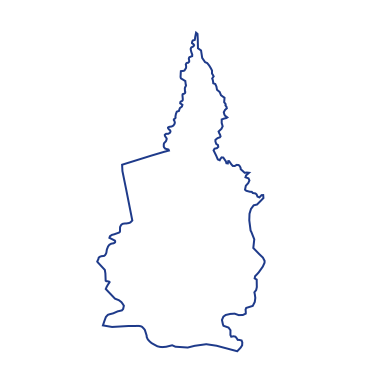 outline of Kaga-Bandoro, Nana-Grébizi, Central African Republic, rotated 9°
{"feature_id": "33826404B9567885504809", "entity_name": "Kaga-Bandoro", "entity_type": "district", "adm_level": 2, "iso_a3": "CAF", "parent_name": "Central African Republic", "parent_adm1": "Nana-Grébizi", "projection": "albers", "projection_center": [19.16, 7.502], "detail": "fine", "context": "isolated", "style": "outline", "palette": "blue", "viewbox_px": 384, "rotation_deg": 9, "n_neighbors": 0, "source": "geoboundaries", "source_scale": "gbopen_adm2", "svg_char_len": 4833}
<svg xmlns="http://www.w3.org/2000/svg" viewBox="0 0 384 384"><g transform="rotate(9 192 192)"><path d="M171.1,34.0L170.9,38.5L171.0,40.1L170.9,41.4L169.1,42.2L168.8,42.9L168.7,43.5L168.6,44.4L168.7,45.0L169.6,45.5L170.1,45.6L170.8,46.3L171.1,46.6L170.8,47.6L170.2,48.3L169.0,49.1L168.6,49.5L168.3,50.9L168.5,51.6L169.0,52.9L169.4,53.8L170.4,55.6L170.8,56.4L170.9,57.8L170.1,58.2L169.2,58.8L168.4,59.2L168.1,59.8L168.0,61.0L168.4,61.9L168.7,62.8L168.8,63.8L167.9,65.0L167.0,65.2L166.4,65.6L165.9,66.9L166.3,68.0L166.6,69.0L166.7,70.4L166.5,70.9L165.8,72.6L165.5,73.2L164.6,73.7L162.7,74.2L162.1,74.4L162.3,76.7L162.5,78.2L162.6,79.6L162.9,80.8L163.3,81.5L164.7,82.1L165.3,82.3L166.4,82.8L167.4,83.2L168.0,83.4L168.7,85.8L169.0,86.8L169.4,87.4L169.2,88.8L168.8,89.6L168.7,90.8L169.3,93.6L169.7,94.2L169.7,95.2L169.2,95.8L168.6,96.3L167.5,96.8L167.4,97.1L167.5,98.2L168.4,101.8L168.4,103.0L167.8,103.8L167.0,104.2L166.4,105.0L166.5,106.3L167.7,106.8L168.9,107.4L168.7,109.0L168.4,109.5L167.7,110.2L167.1,110.7L166.8,111.5L166.6,112.6L166.4,114.0L166.0,114.2L164.6,114.9L164.4,115.1L163.9,117.4L163.9,118.3L163.8,119.9L164.1,120.8L164.0,121.7L162.7,123.1L162.8,123.8L163.2,124.3L163.6,124.7L164.0,125.7L164.2,126.2L164.1,127.4L163.6,128.5L163.2,129.3L162.5,129.9L161.6,130.5L161.0,130.7L159.6,131.1L158.7,131.6L158.2,132.1L158.3,132.6L159.3,133.7L159.6,133.9L160.6,134.4L161.1,135.1L161.3,135.8L160.9,137.0L159.5,138.2L157.3,138.6L156.7,139.2L156.2,139.7L156.4,140.7L157.1,141.5L158.6,143.1L158.7,143.9L158.4,145.6L158.2,146.1L157.7,146.8L157.1,147.7L156.7,148.4L156.7,149.7L157.0,151.5L157.4,152.2L158.8,153.4L160.5,153.6L161.5,153.6L162.2,153.8L162.7,154.7L162.2,154.9L161.0,155.4L160.0,155.9L157.9,156.8L157.1,157.2L146.8,162.1L118.7,176.0L120.0,182.2L126.7,200.1L137.5,229.5L135.9,231.7L134.6,232.5L133.4,232.9L131.9,233.4L130.6,233.6L128.7,234.2L127.9,234.8L127.3,235.4L126.5,237.5L126.5,238.6L126.7,239.8L126.8,240.7L127.0,241.6L127.0,242.6L126.3,243.5L125.0,244.2L123.7,244.9L121.7,246.0L119.6,246.9L117.9,248.5L117.6,250.2L121.4,251.4L122.8,251.9L123.3,252.0L123.7,252.4L123.9,253.1L123.9,253.7L123.3,254.4L122.4,255.0L121.4,255.3L120.3,255.7L119.7,256.2L118.7,257.0L118.3,257.6L117.6,259.0L117.3,260.4L116.9,262.1L116.9,262.6L116.9,263.6L116.9,265.4L116.6,266.6L116.0,268.0L115.1,268.9L112.5,269.6L112.0,269.9L110.8,270.6L110.1,271.6L110.0,273.1L109.6,274.3L109.3,275.6L110.3,276.5L118.1,282.6L119.2,286.0L120.6,293.1L121.3,293.5L122.5,293.4L124.1,293.5L124.7,293.9L124.4,294.7L123.6,296.3L122.6,298.9L122.0,301.3L132.6,309.4L136.7,310.3L139.5,311.8L141.0,313.3L142.5,315.0L142.4,316.5L142.3,318.3L141.3,319.9L137.3,321.5L133.1,324.2L129.6,325.7L128.1,326.5L126.5,328.9L125.6,333.4L124.9,337.7L134.2,337.8L150.6,334.2L156.9,333.2L160.5,332.6L162.4,332.6L163.8,333.0L165.8,334.5L167.0,335.6L169.6,340.8L170.0,342.4L171.4,344.5L173.5,346.2L175.6,347.5L177.7,348.3L181.9,349.8L184.7,350.0L187.1,349.8L190.7,348.9L196.4,346.5L199.8,347.4L212.1,346.3L218.7,343.5L229.9,340.1L240.3,340.0L261.6,342.2L264.4,338.1L265.5,335.6L265.2,332.7L264.2,330.9L261.8,330.7L260.3,330.9L258.8,329.2L257.5,328.1L255.6,328.0L253.4,328.8L252.3,327.2L251.6,322.5L249.3,320.2L244.0,319.2L243.2,317.8L241.6,313.7L242.5,310.2L244.5,308.2L249.0,306.4L253.2,305.5L257.4,306.3L261.5,305.5L264.1,303.7L263.9,302.2L263.3,299.7L263.7,298.0L269.8,295.0L271.2,290.8L271.1,286.7L270.1,283.4L269.3,281.3L270.7,278.8L270.9,275.8L269.6,268.4L267.4,267.5L267.5,265.3L269.2,262.9L270.5,260.9L273.6,254.6L274.7,250.6L274.5,248.7L272.3,245.7L268.1,242.8L261.3,237.7L260.9,229.0L257.0,222.4L255.9,220.9L253.0,211.0L252.2,204.5L252.9,199.5L255.0,195.5L258.2,194.2L263.5,186.8L262.8,183.9L261.2,184.2L259.4,186.8L257.4,186.3L256.2,184.3L254.9,183.5L253.6,183.5L252.2,183.5L251.0,182.5L249.1,182.7L245.4,182.3L244.0,181.4L244.2,177.4L246.2,174.3L246.9,171.6L245.7,169.7L242.5,169.1L242.8,167.1L244.5,165.1L245.3,164.1L243.0,164.2L241.0,164.8L239.1,163.5L236.6,161.9L236.1,160.3L235.2,159.1L233.9,158.1L231.9,158.2L230.2,159.6L228.2,159.9L226.4,158.4L223.8,155.7L223.0,155.8L222.9,158.2L221.5,158.2L220.7,156.5L217.5,153.1L215.8,153.2L214.8,155.0L214.4,156.3L212.4,155.8L210.2,152.3L206.8,147.5L207.5,145.7L209.8,144.8L210.9,143.3L210.3,141.6L208.4,140.7L207.2,138.4L207.0,136.8L208.8,134.8L211.0,133.6L211.5,132.6L210.7,130.9L209.7,129.7L208.8,128.1L211.2,125.0L212.0,122.3L210.5,119.1L210.0,115.7L212.1,114.5L214.3,113.6L215.2,112.8L212.6,111.4L211.8,110.3L210.9,108.2L211.8,105.7L213.3,103.9L212.7,102.4L211.5,101.3L211.5,100.0L209.7,98.2L209.4,93.9L205.5,91.9L203.7,88.9L200.7,87.1L199.6,84.0L198.1,81.7L196.0,81.3L195.6,79.8L195.0,78.1L194.2,76.8L194.9,75.2L195.3,74.4L194.3,73.1L193.2,71.8L192.8,69.0L191.4,67.0L189.2,64.4L186.9,62.3L184.6,61.7L181.1,58.0L178.8,50.8L175.4,49.1L173.8,40.2L172.7,35.0L171.1,34.0Z" fill="none" stroke="#1e3a8a" stroke-width="2"/></g></svg>